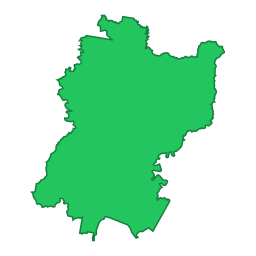 the district of Hawkesbury, New South Wales, Australia
{"feature_id": "25037944B69069268480762", "entity_name": "Hawkesbury", "entity_type": "district", "adm_level": 2, "iso_a3": "AUS", "parent_name": "Australia", "parent_adm1": "New South Wales", "projection": "mercator", "projection_center": [150.826, -33.341], "detail": "fine", "context": "isolated", "style": "filled", "palette": "green", "viewbox_px": 256, "rotation_deg": 0, "n_neighbors": 0, "source": "geoboundaries", "source_scale": "gbopen_adm2", "svg_char_len": 5695}
<svg xmlns="http://www.w3.org/2000/svg" viewBox="0 0 256 256"><path d="M152.9,231.2L169.8,201.0L168.9,199.3L168.0,200.0L167.2,199.1L166.0,199.9L165.5,198.6L164.5,197.7L162.5,198.7L161.0,197.7L159.9,198.2L158.9,198.0L158.3,199.8L157.2,200.0L157.0,197.9L158.1,195.7L157.1,193.1L158.8,191.4L160.1,188.6L162.1,187.2L159.9,184.9L159.6,183.9L161.5,183.3L163.4,185.2L165.3,185.3L166.7,183.5L167.5,181.4L166.9,180.5L162.8,179.8L160.2,176.3L158.2,174.8L157.3,175.3L153.0,180.3L151.9,179.9L151.7,179.1L154.2,176.6L154.3,175.4L153.8,173.9L152.0,171.6L152.1,171.0L153.6,170.3L160.0,171.5L161.3,170.7L161.4,169.9L159.5,164.0L155.8,165.6L154.2,165.3L153.3,164.3L156.0,162.2L156.5,159.3L157.5,158.9L159.0,159.3L159.5,158.8L159.8,158.3L158.2,157.0L158.3,156.0L161.0,153.5L166.7,153.1L165.9,156.6L166.8,157.7L168.2,157.2L169.4,152.5L170.9,151.6L171.9,155.2L173.4,156.3L174.1,156.1L174.6,155.3L173.9,152.6L174.1,151.6L176.7,151.1L180.9,147.2L181.8,145.4L182.9,140.1L184.2,140.3L184.6,139.9L183.1,138.8L183.0,137.6L183.8,136.7L183.5,136.3L184.0,136.3L183.9,135.5L185.5,135.2L187.4,130.9L188.1,131.2L190.4,130.3L191.8,131.9L193.7,131.2L194.0,130.6L195.8,131.3L198.1,129.8L198.8,128.6L200.7,128.8L201.4,127.8L202.7,128.5L204.9,128.1L205.5,127.5L205.4,125.5L206.5,125.2L208.9,125.9L211.8,123.3L211.9,122.4L210.3,120.5L212.0,119.5L212.1,118.5L213.0,118.3L213.1,117.2L212.4,116.8L213.5,114.3L212.9,113.0L213.3,111.7L212.8,111.0L212.9,109.4L211.7,108.3L212.3,107.6L211.9,105.0L211.0,104.3L211.9,104.1L213.2,101.9L214.6,101.9L213.8,101.1L213.9,99.7L214.5,99.1L214.2,98.1L214.8,97.7L214.5,96.5L216.5,91.9L215.4,89.0L214.4,88.7L214.2,87.7L214.6,85.7L214.1,82.6L214.9,81.0L213.7,79.6L214.5,76.7L215.8,75.6L214.9,74.4L215.1,71.1L214.8,70.4L216.2,65.9L214.5,63.6L215.2,60.5L216.7,58.2L219.3,57.2L221.6,54.1L224.3,52.5L224.2,51.4L222.9,49.3L222.2,46.4L221.4,46.7L218.6,46.2L217.1,44.6L215.7,41.6L214.2,42.0L212.7,41.5L211.3,42.1L210.2,41.0L206.9,41.6L206.3,42.5L204.8,43.0L203.6,42.5L201.5,42.7L200.1,45.3L198.7,46.3L198.9,47.2L197.8,49.5L197.9,52.6L197.0,54.8L197.5,56.8L196.9,57.0L195.5,56.8L194.0,57.5L192.6,56.2L190.8,56.2L190.5,57.0L188.3,57.6L187.3,57.0L186.3,57.1L185.7,56.4L184.1,57.2L183.4,58.2L182.0,57.7L180.1,58.8L178.0,58.9L176.7,57.8L176.3,58.2L175.8,57.6L174.7,57.7L173.7,56.5L171.5,56.7L170.6,55.8L169.3,55.4L168.6,53.4L166.6,52.7L165.4,53.2L164.5,52.9L161.4,54.3L160.0,56.0L155.8,55.3L152.7,53.8L152.0,51.4L152.5,50.5L150.8,49.8L150.6,48.9L148.7,47.2L147.4,47.2L146.7,48.3L145.5,48.5L145.9,46.8L146.8,45.9L146.0,45.0L147.2,43.7L146.1,42.6L145.9,40.8L147.9,39.4L146.7,38.1L146.8,37.6L148.2,37.4L148.8,36.4L147.3,35.9L147.7,34.9L147.2,33.7L145.5,33.6L147.0,32.5L148.4,32.8L147.6,31.6L146.3,31.5L146.7,30.2L147.1,30.7L148.5,30.6L148.5,29.5L147.1,28.6L147.8,27.3L147.6,26.9L146.7,26.4L145.4,28.1L144.4,27.4L143.2,27.8L142.3,26.5L140.9,27.3L140.8,26.0L140.1,25.9L139.8,24.9L137.7,24.2L137.4,22.6L138.3,22.1L138.1,21.3L136.7,21.7L136.0,20.4L134.2,19.9L134.0,18.5L122.8,16.6L122.0,21.3L120.9,21.5L119.5,22.4L119.4,23.2L117.8,23.7L117.5,23.0L116.6,23.0L116.7,22.5L115.2,22.4L115.1,21.8L113.6,22.2L112.6,20.8L111.8,20.5L109.9,20.4L108.5,21.3L108.0,20.3L106.2,19.9L106.4,18.3L105.4,16.4L104.4,16.1L104.5,15.4L101.5,15.5L101.9,17.0L101.4,18.5L99.1,20.9L97.6,24.4L97.8,25.3L99.6,25.6L100.5,26.9L100.5,31.1L102.8,30.9L104.4,30.1L106.8,31.1L106.8,34.5L107.3,35.6L109.7,37.5L110.3,38.9L113.0,40.0L86.3,35.6L86.2,36.6L81.0,38.1L81.2,39.6L80.3,39.5L79.6,40.6L81.2,40.1L81.9,40.5L80.7,43.8L81.8,45.6L80.0,45.7L81.4,46.7L81.0,48.7L79.9,49.4L79.1,49.0L78.5,49.3L79.7,50.1L80.7,49.8L82.8,50.4L83.4,52.4L80.8,51.9L80.6,53.5L81.4,54.1L81.4,55.3L80.3,55.6L79.7,57.3L78.5,56.5L77.6,57.4L79.3,59.5L80.9,60.5L81.3,61.8L80.8,63.3L79.3,64.5L77.2,63.8L76.1,64.6L74.4,64.7L74.4,66.3L75.3,68.8L73.9,69.4L74.1,70.6L73.6,71.3L69.8,71.3L70.7,68.3L70.6,67.6L69.8,67.3L69.1,67.6L68.3,69.3L65.8,69.2L65.8,71.1L64.9,72.2L66.0,73.7L65.0,76.4L62.8,76.9L62.5,78.0L61.4,77.8L60.7,79.1L59.3,78.9L58.4,79.8L57.3,79.9L59.0,81.2L59.8,85.2L62.1,86.5L62.9,88.6L59.4,89.6L58.8,90.7L58.9,92.6L57.8,93.8L57.8,94.5L59.8,94.9L62.7,100.0L64.2,100.5L65.8,99.4L67.2,100.3L67.8,103.1L65.6,103.2L65.0,105.2L65.3,106.2L66.4,108.1L71.4,111.0L68.8,111.4L67.3,110.8L66.5,111.4L66.3,112.4L68.6,113.8L69.0,116.5L67.2,118.4L64.8,118.0L64.8,119.4L65.5,120.4L67.0,121.0L71.2,121.7L72.8,121.2L73.6,121.6L74.1,122.7L73.1,124.4L73.9,125.5L75.5,126.3L75.6,127.9L75.0,128.6L73.3,128.5L72.9,131.2L71.8,131.4L71.2,133.3L68.9,132.6L68.9,133.9L67.3,134.4L66.9,136.0L63.6,136.9L62.4,138.3L62.1,139.3L61.0,139.4L60.1,141.2L57.9,143.0L58.8,144.0L56.7,144.9L56.0,147.2L56.2,148.6L55.8,150.1L53.8,152.4L51.1,153.9L50.5,155.5L50.8,156.5L49.3,158.4L48.7,160.4L46.3,162.0L47.0,164.8L46.1,167.1L46.1,169.7L47.1,174.9L45.6,177.1L44.9,177.3L44.5,178.8L40.9,180.2L40.2,181.8L39.1,182.1L38.2,183.7L36.4,183.6L35.1,191.8L31.7,192.2L33.1,193.8L33.1,195.6L34.0,197.9L36.3,201.0L36.5,203.5L37.3,204.1L39.5,203.8L40.3,204.6L41.1,204.6L42.2,207.3L44.3,206.9L46.1,205.8L47.4,207.0L50.2,206.1L53.6,207.0L54.8,206.7L55.0,205.3L56.9,202.9L59.1,202.5L60.2,201.3L60.0,198.6L61.0,198.3L63.0,198.7L63.1,199.9L64.5,201.4L63.6,202.6L63.7,203.4L64.6,203.8L67.3,203.2L68.5,204.6L67.7,206.2L68.4,209.4L66.7,211.7L68.0,215.9L72.6,216.9L73.0,220.1L74.6,218.6L76.3,218.4L78.3,217.4L80.2,218.3L82.4,217.2L79.7,233.2L82.3,233.9L82.4,232.9L87.0,233.3L87.3,231.8L93.8,232.8L92.6,237.9L92.7,240.4L94.2,240.6L94.2,236.6L94.6,235.5L96.4,234.4L96.2,230.2L99.1,222.7L101.3,219.8L103.8,219.2L105.2,216.6L108.6,217.3L127.8,224.9L130.2,228.2L131.7,232.3L136.1,238.1L137.9,237.5L137.7,236.8L136.7,236.7L136.2,235.3L137.8,232.7L140.1,231.4L142.3,231.6L148.7,227.8L152.9,231.2Z" fill="#22c55e" stroke="#15803d" stroke-width="1.5"/></svg>